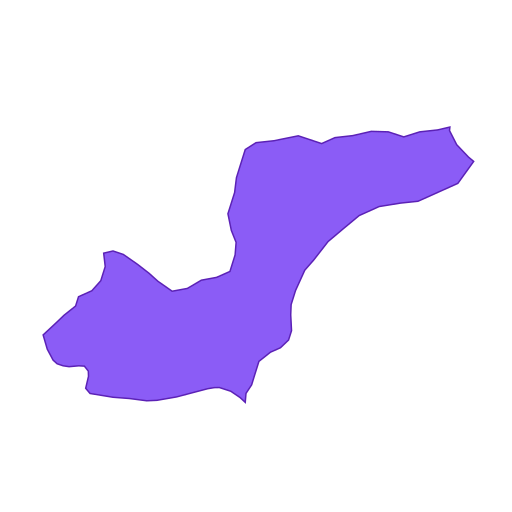 Hamju, Hamgyŏng-namdo, North Korea, rotated 287°
{"feature_id": "82179303B5529079256515", "entity_name": "Hamju", "entity_type": "district", "adm_level": 2, "iso_a3": "PRK", "parent_name": "North Korea", "parent_adm1": "Hamgyŏng-namdo", "projection": "mercator", "projection_center": [127.263, 39.9], "detail": "fine", "context": "isolated", "style": "filled", "palette": "violet", "viewbox_px": 512, "rotation_deg": 287, "n_neighbors": 0, "source": "geoboundaries", "source_scale": "gbopen_adm2", "svg_char_len": 1204}
<svg xmlns="http://www.w3.org/2000/svg" viewBox="0 0 512 512"><g transform="rotate(287 256 256)"><path d="M383.3,261.3L371.4,239.3L364.4,222.9L354.7,214.6L342.4,214.5L325.2,214.4L310.4,217.0L288.2,216.8L273.3,224.9L263.2,233.0L250.9,235.7L233.6,235.6L224.0,224.5L216.9,210.8L204.9,199.8L197.8,186.1L203.1,169.7L208.2,158.8L213.4,145.1L218.7,128.7L219.0,117.8L214.2,109.5L201.8,114.9L187.0,114.8L174.8,109.2L165.2,98.2L155.4,98.1L143.3,89.8L133.5,84.3L123.8,78.7L118.3,75.5L105.9,83.6L97.1,92.4L94.8,97.3L94.6,103.6L95.5,109.6L99.2,118.7L100.5,124.1L96.9,129.3L91.9,131.0L79.7,131.8L76.0,137.5L79.1,160.5L82.7,176.6L85.6,193.8L89.0,203.4L98.0,221.2L114.9,248.5L117.9,254.5L119.5,259.4L119.3,271.4L116.0,282.1L112.9,288.5L121.7,286.6L131.5,289.5L141.3,289.5L156.1,289.6L168.2,297.9L175.4,306.2L185.2,311.7L195.0,311.8L209.9,306.4L219.8,303.8L234.6,303.9L256.7,306.8L268.9,312.3L290.9,320.7L307.9,331.7L324.8,342.8L339.3,359.3L348.7,378.4L355.7,394.9L372.5,414.1L384.5,427.8L410.1,436.5L412.7,430.3L421.1,415.4L432.5,404.4L436.0,403.7L429.6,392.7L422.6,376.3L413.1,362.5L413.4,346.2L408.9,329.8L399.4,313.3L392.3,296.9L382.7,285.9L383.3,261.3Z" fill="#8b5cf6" stroke="#5b21b6" stroke-width="1.5"/></g></svg>